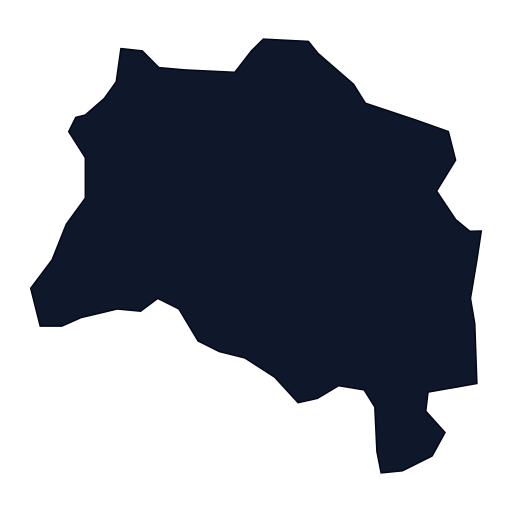 Norberg, Västmanland, Sweden (Mercator projection)
{"feature_id": "70781695B94571539406434", "entity_name": "Norberg", "entity_type": "district", "adm_level": 2, "iso_a3": "SWE", "parent_name": "Sweden", "parent_adm1": "Västmanland", "projection": "mercator", "projection_center": [15.975, 60.085], "detail": "fine", "context": "isolated", "style": "filled", "palette": "ink", "viewbox_px": 512, "rotation_deg": 0, "n_neighbors": 0, "source": "geoboundaries", "source_scale": "gbopen_adm2", "svg_char_len": 814}
<svg xmlns="http://www.w3.org/2000/svg" viewBox="0 0 512 512"><path d="M40.2,326.1L61.9,326.1L81.0,317.6L117.2,309.0L140.6,311.2L157.7,298.4L178.9,309.0L198.1,341.0L219.4,351.6L244.9,358.0L274.7,377.2L298.1,402.7L317.3,398.4L338.6,385.7L364.1,389.9L374.8,407.0L376.9,451.6L381.1,472.9L391.4,471.9L402.4,470.8L432.2,455.9L445.0,432.5L425.8,411.2L428.0,392.1L476.9,383.5L474.8,323.9L470.5,298.4L476.9,260.1L481.3,231.0L469.8,231.3L455.6,219.5L436.6,191.0L455.6,160.1L448.4,131.6L415.2,119.8L365.4,103.2L353.5,84.2L317.9,53.3L311.2,44.9L308.4,41.4L263.3,39.1L251.4,50.9L234.8,72.3L185.0,69.9L158.9,67.6L142.3,50.9L121.4,48.6L120.9,48.6L116.2,81.8L104.3,98.4L85.3,115.0L75.8,117.4L68.7,131.6L85.3,157.7L85.3,198.1L66.3,224.2L52.1,259.8L30.7,288.3L40.2,326.1Z" fill="#0f172a" stroke="#020617" stroke-width="1.5"/></svg>